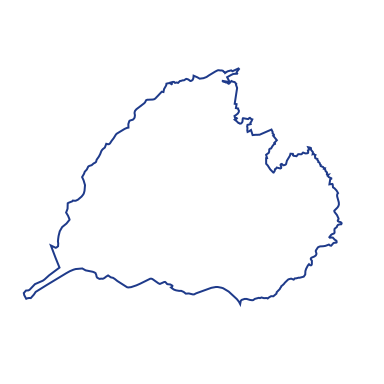 the district of Ngoc Lac, Thanh Hóa, Vietnam, rotated 278°
{"feature_id": "81297802B82512093072214", "entity_name": "Ngoc Lac", "entity_type": "district", "adm_level": 2, "iso_a3": "VNM", "parent_name": "Vietnam", "parent_adm1": "Thanh Hóa", "projection": "albers", "projection_center": [105.393, 20.068], "detail": "fine", "context": "isolated", "style": "outline", "palette": "blue", "viewbox_px": 384, "rotation_deg": 278, "n_neighbors": 0, "source": "geoboundaries", "source_scale": "gbopen_adm2", "svg_char_len": 6005}
<svg xmlns="http://www.w3.org/2000/svg" viewBox="0 0 384 384"><g transform="rotate(278 192 192)"><path d="M64.5,47.1L68.4,49.7L71.3,51.1L79.6,61.0L94.1,78.8L96.6,82.1L98.6,85.5L99.5,87.5L101.0,94.0L99.6,97.6L99.2,104.8L98.8,106.5L98.3,107.7L96.6,108.7L94.9,109.3L94.0,110.0L93.3,111.7L93.1,112.8L93.5,113.8L93.7,115.8L94.6,117.2L96.1,118.6L97.7,120.5L96.2,123.5L96.0,125.8L95.1,127.7L93.5,130.4L88.7,140.9L88.6,142.1L89.3,144.9L91.8,149.9L93.9,153.3L100.3,162.7L100.5,163.7L100.3,164.9L96.9,171.5L96.5,173.0L99.0,177.0L99.2,177.9L98.4,179.1L97.5,180.0L97.3,180.6L97.4,183.5L96.5,185.6L95.7,185.6L95.1,185.3L94.6,184.5L94.0,185.3L92.8,187.8L92.4,189.9L92.3,192.8L92.6,195.1L91.9,197.6L90.5,200.0L91.1,203.0L90.7,207.2L90.9,208.3L92.3,210.3L99.8,224.5L101.3,229.0L101.5,230.9L101.3,234.6L101.0,236.3L98.5,242.2L92.2,251.3L89.8,253.8L87.7,255.3L90.6,255.4L91.4,255.7L92.1,256.3L93.4,258.9L93.7,261.1L93.2,264.4L93.2,266.7L93.5,267.7L94.9,269.1L96.5,272.9L96.4,274.1L97.2,275.5L96.9,277.9L97.4,281.0L97.1,281.8L98.5,283.1L99.8,284.8L100.1,287.1L102.9,289.6L103.2,289.8L104.5,289.8L108.2,292.5L109.0,292.7L110.3,293.4L111.1,293.5L112.2,294.6L114.0,296.0L115.0,296.5L118.6,299.3L119.1,300.0L120.0,302.2L119.4,304.9L120.7,305.8L121.0,307.2L122.0,309.6L122.1,310.6L123.7,314.4L126.0,315.6L129.5,315.3L131.8,315.7L135.4,317.0L136.8,317.9L136.1,318.8L135.9,319.6L136.1,320.3L136.6,320.6L137.4,320.7L140.6,320.3L141.8,319.1L142.5,318.9L143.1,319.1L143.6,319.5L145.2,322.2L146.4,323.4L147.5,323.8L148.4,323.8L150.6,322.8L151.3,322.8L154.7,324.4L155.6,325.7L156.0,326.6L156.5,329.3L157.2,331.6L159.0,334.9L158.2,336.3L158.2,337.3L161.0,339.1L161.4,339.7L161.9,341.8L162.2,342.2L163.5,342.0L164.0,341.4L164.7,339.9L166.4,337.8L166.4,336.7L165.9,334.9L166.4,334.3L168.9,335.7L169.9,336.8L170.1,337.4L170.9,338.6L172.0,338.8L174.2,338.3L175.5,338.4L177.5,340.3L178.4,340.4L179.6,341.0L180.4,342.4L180.8,344.2L181.4,344.5L182.0,344.5L182.8,343.5L183.1,341.2L183.5,340.5L184.1,340.3L185.8,340.9L186.3,340.7L189.3,338.8L191.9,336.1L193.0,335.5L193.4,335.6L197.0,338.3L198.7,339.0L200.1,339.2L202.2,338.8L207.7,336.4L209.2,336.1L210.2,336.2L211.2,336.8L213.6,334.9L215.5,332.6L216.2,331.0L219.2,330.2L219.5,329.8L218.7,327.0L223.7,327.1L224.5,328.1L225.0,328.0L225.8,325.3L226.5,324.8L226.9,324.0L227.2,324.0L228.2,324.7L227.9,323.6L228.2,323.1L230.0,323.0L230.4,322.7L231.1,321.5L232.2,321.1L233.0,320.3L233.8,320.4L233.5,319.5L234.1,319.6L234.5,318.7L235.0,318.3L235.6,315.8L236.1,315.6L236.7,315.7L237.2,315.0L238.6,314.3L239.0,313.9L239.2,312.9L240.5,312.6L241.3,311.6L242.1,311.6L242.3,311.0L242.5,309.8L242.8,309.3L244.5,308.8L245.8,309.1L246.0,307.9L246.8,307.3L246.8,306.9L246.3,306.2L248.3,306.2L250.2,304.1L252.1,303.6L252.4,302.5L252.5,300.8L250.6,302.0L250.2,302.0L249.3,301.0L247.9,301.5L246.9,301.5L246.3,300.6L246.0,298.9L246.5,296.5L246.1,296.1L245.2,295.7L244.6,295.0L244.2,291.9L242.0,290.5L242.0,287.5L242.5,286.8L243.5,286.8L243.8,286.6L243.6,284.2L241.5,283.9L236.1,281.6L232.9,281.3L232.3,281.0L231.7,280.2L231.2,279.0L231.2,278.6L232.3,277.0L231.8,276.1L231.1,275.9L229.2,276.9L228.1,276.9L227.6,276.2L228.0,272.5L226.6,271.8L226.1,271.0L224.5,271.0L222.6,270.1L222.6,269.8L225.3,266.3L228.8,263.3L230.3,261.5L235.8,260.7L236.0,261.6L239.1,260.2L239.6,260.6L241.4,262.5L242.7,262.8L245.0,262.6L245.8,263.3L246.1,264.2L246.9,264.6L248.3,265.1L250.7,266.5L251.2,267.5L251.6,267.4L252.1,266.7L255.1,268.8L258.9,264.7L259.2,265.2L260.2,265.1L261.2,263.7L261.6,263.5L262.5,263.6L264.9,262.0L258.1,250.9L257.5,247.1L256.8,244.1L261.6,241.8L260.1,240.1L259.2,238.7L260.5,238.2L263.2,238.0L264.4,237.5L266.2,237.6L267.4,240.7L268.7,240.2L269.9,240.9L272.3,241.6L272.5,240.5L273.5,239.0L273.2,238.4L272.2,237.8L272.0,237.4L272.2,232.3L271.4,232.0L269.2,232.2L268.1,232.0L266.8,231.2L266.5,230.5L266.4,229.7L266.9,228.8L266.8,228.4L268.5,226.1L269.5,224.3L270.4,225.6L271.2,226.2L271.5,225.8L271.5,224.2L273.2,223.5L274.1,224.6L276.0,226.4L277.8,227.2L278.9,227.2L280.7,226.0L281.1,226.0L281.2,223.8L285.2,223.9L285.3,222.0L301.3,222.2L304.4,220.6L305.2,220.8L306.8,218.9L306.9,217.1L307.4,215.6L306.1,214.8L304.5,213.6L304.3,213.1L305.2,211.5L305.2,210.1L305.8,209.6L305.5,208.8L305.7,208.6L305.6,207.6L306.0,207.0L306.3,207.0L306.1,212.5L306.4,213.6L306.5,213.7L310.6,210.8L313.6,214.8L314.7,216.6L315.4,220.2L315.6,220.3L316.5,219.5L316.9,219.5L320.3,221.4L320.8,220.8L317.2,215.2L317.9,213.9L316.6,210.8L316.1,210.0L314.4,208.2L315.3,207.6L315.2,207.4L315.3,206.9L316.3,205.8L316.5,204.6L316.3,203.2L316.3,201.3L316.0,200.4L314.6,198.4L309.9,192.6L307.9,190.4L306.3,187.5L305.3,183.8L306.3,181.4L307.4,177.4L305.1,177.5L304.0,177.3L303.1,177.0L302.1,176.0L301.7,174.9L302.9,172.7L303.2,171.2L303.2,170.5L301.5,168.5L301.3,167.2L300.6,165.9L300.2,164.6L298.1,163.0L298.3,161.6L297.7,160.0L298.5,158.9L298.4,157.9L297.5,155.8L296.3,157.1L295.9,156.8L296.7,154.9L296.5,153.6L295.7,151.6L294.0,151.6L290.0,150.0L287.0,149.8L287.1,148.1L279.4,142.6L278.6,141.6L278.1,140.3L277.1,134.8L276.5,133.8L274.2,133.0L273.2,132.3L266.2,125.4L264.4,124.3L263.2,124.1L262.2,124.1L260.1,124.8L257.9,124.8L256.9,124.5L255.3,123.3L254.7,121.8L253.9,120.3L253.3,120.0L250.4,119.5L246.9,120.1L246.4,118.6L245.1,116.5L239.3,109.4L238.4,108.7L234.3,106.9L231.5,105.3L228.7,104.0L227.9,103.2L227.6,102.3L227.8,100.4L223.9,99.5L222.0,97.7L221.1,97.1L219.8,96.5L216.7,95.8L214.0,94.8L210.7,93.1L208.5,92.8L207.3,91.7L206.6,90.6L204.6,88.9L203.5,86.6L202.7,85.7L199.6,84.7L197.2,83.0L194.9,82.5L191.5,81.1L188.5,83.0L183.9,85.1L178.2,85.4L175.8,85.1L174.5,84.7L172.1,83.3L168.5,80.1L167.2,78.1L166.9,75.9L167.0,75.3L166.1,74.7L164.0,71.0L163.5,70.5L158.1,71.1L154.1,70.2L151.3,72.5L148.1,74.4L147.5,74.6L143.3,72.1L139.2,68.3L134.7,66.5L129.9,66.0L127.3,66.0L124.5,66.1L122.4,66.7L119.6,66.9L118.1,65.4L117.8,64.7L119.4,59.7L107.9,66.0L98.7,71.3L89.6,62.1L84.8,58.1L83.4,56.6L78.9,49.3L72.6,44.8L71.8,43.7L71.3,41.3L68.5,39.5L66.4,40.3L63.2,42.7L63.8,43.7L64.4,45.5L64.5,47.1Z" fill="none" stroke="#1e3a8a" stroke-width="2"/></g></svg>